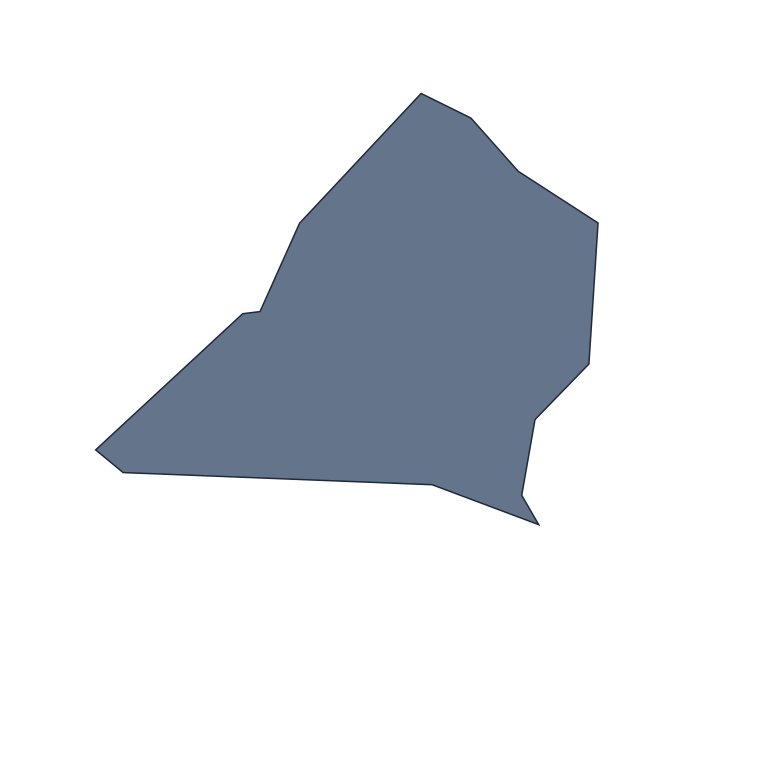 the district of Twic East, Jonglei, South Sudan, rotated 322°
{"feature_id": "79223893B26459782826909", "entity_name": "Twic East", "entity_type": "district", "adm_level": 2, "iso_a3": "SSD", "parent_name": "South Sudan", "parent_adm1": "Jonglei", "projection": "orthographic", "projection_center": [31.334, 7.029], "detail": "fine", "context": "isolated", "style": "filled", "palette": "slate", "viewbox_px": 768, "rotation_deg": 322, "n_neighbors": 0, "source": "geoboundaries", "source_scale": "gbopen_adm2", "svg_char_len": 351}
<svg xmlns="http://www.w3.org/2000/svg" viewBox="0 0 768 768"><g transform="rotate(322 384 384)"><path d="M419.3,590.1L424.0,556.5L481.1,505.0L557.8,494.4L651.8,388.9L620.7,299.0L616.2,227.9L592.1,177.9L416.5,205.3L330.9,250.6L315.9,241.6L116.2,258.4L123.9,293.2L359.9,493.0L419.3,590.1Z" fill="#64748b" stroke="#1e293b" stroke-width="1.5"/></g></svg>